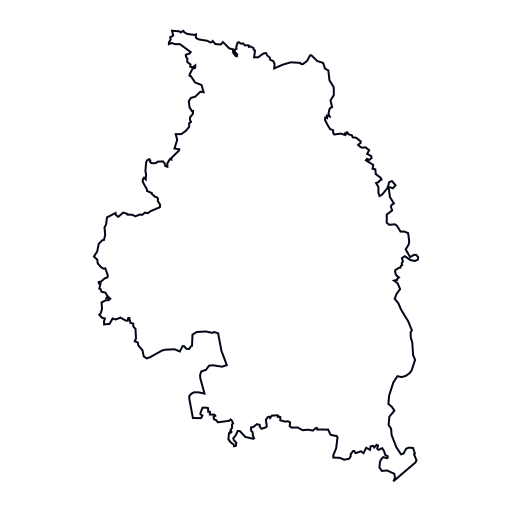 Maubin, Ayeyarwady, Myanmar (orthographic projection)
{"feature_id": "60261553B45059924625882", "entity_name": "Maubin", "entity_type": "district", "adm_level": 2, "iso_a3": "MMR", "parent_name": "Myanmar", "parent_adm1": "Ayeyarwady", "projection": "orthographic", "projection_center": [95.538, 16.957], "detail": "fine", "context": "isolated", "style": "outline", "palette": "ink", "viewbox_px": 512, "rotation_deg": 0, "n_neighbors": 0, "source": "geoboundaries", "source_scale": "gbopen_adm2", "svg_char_len": 6010}
<svg xmlns="http://www.w3.org/2000/svg" viewBox="0 0 512 512"><path d="M172.0,30.7L173.2,35.6L170.2,37.2L170.7,39.4L169.0,42.3L168.9,44.1L171.7,43.0L174.8,44.1L179.9,44.1L190.7,52.1L189.7,53.4L185.8,54.8L186.0,56.7L187.4,58.7L187.2,61.9L190.5,64.5L190.2,66.7L192.4,67.5L195.3,65.4L195.3,66.9L194.8,68.1L192.6,68.7L189.6,74.4L189.6,75.8L190.9,76.2L195.0,82.4L201.6,85.1L203.6,92.2L200.4,91.7L195.2,96.7L190.9,97.9L188.8,101.2L189.5,107.2L192.0,111.3L193.1,111.0L192.9,113.9L190.1,117.2L190.0,120.0L191.0,122.0L189.2,123.1L189.1,126.9L185.9,130.8L181.4,134.1L175.7,134.1L177.2,139.8L174.5,148.5L179.3,149.3L179.1,150.4L171.2,158.2L171.4,159.6L169.8,159.2L167.3,163.4L167.4,166.8L165.2,165.9L164.7,163.5L162.9,161.4L157.5,161.7L156.2,162.9L153.9,163.3L151.4,163.1L150.0,161.7L150.3,160.6L149.3,159.2L147.1,160.3L146.1,162.6L145.4,171.2L146.1,174.4L145.7,179.4L144.0,177.7L142.8,179.4L142.8,181.9L147.0,189.6L147.0,191.0L151.8,193.0L151.8,193.9L155.1,196.8L157.1,197.4L158.0,198.8L157.8,201.0L160.1,204.7L159.9,207.2L150.7,211.1L147.8,213.2L145.0,212.6L142.1,214.9L139.9,214.5L135.4,216.3L132.3,214.8L127.4,214.6L127.4,213.9L123.2,212.6L118.3,216.8L115.9,215.1L115.5,213.0L107.0,217.4L106.1,224.3L104.5,227.6L105.2,234.6L104.0,239.9L102.3,240.2L98.7,243.9L97.2,251.5L93.9,256.5L97.3,259.7L97.7,263.3L100.8,267.0L103.6,268.7L105.3,268.3L107.8,275.4L107.5,277.3L104.8,278.3L100.8,281.7L98.7,282.0L98.9,283.5L100.5,283.7L99.3,288.6L100.5,289.1L101.6,291.8L105.4,292.6L107.4,296.0L106.5,298.0L108.3,297.8L108.5,297.1L110.3,298.7L108.5,300.2L106.0,300.2L101.6,302.4L102.0,308.8L100.8,313.1L99.3,314.8L102.2,317.9L104.9,318.5L104.0,321.5L104.1,324.4L109.5,323.9L112.6,318.5L115.8,319.5L120.4,317.6L126.0,320.7L127.7,320.7L128.2,318.0L129.3,318.0L130.4,322.9L133.3,323.6L133.3,326.5L135.5,328.9L136.0,338.5L134.7,341.2L137.8,342.5L138.3,345.4L142.5,350.3L143.7,356.3L146.6,358.4L149.9,357.3L161.9,350.6L165.2,349.7L174.7,349.3L179.8,351.5L182.7,346.1L184.0,346.1L186.4,348.8L189.2,349.0L190.9,346.3L192.0,345.8L192.5,334.6L196.8,332.0L205.9,331.5L212.5,332.9L214.1,332.0L218.1,333.3L221.4,350.7L226.8,365.1L222.1,366.7L213.2,365.3L209.1,365.6L205.9,369.9L201.3,371.4L200.1,375.0L200.3,378.3L204.5,393.6L198.5,392.3L194.0,392.3L191.1,393.9L189.2,396.3L189.4,399.3L192.9,418.0L201.1,418.1L202.4,415.5L200.5,414.4L200.5,412.8L202.5,407.7L206.1,407.6L208.1,408.2L208.2,411.8L210.0,411.9L209.8,414.5L214.5,414.7L215.3,415.8L213.5,417.0L214.1,419.4L216.1,420.1L217.9,422.3L229.2,420.8L230.5,419.5L231.9,420.6L233.1,423.4L232.0,424.4L232.1,427.8L230.5,430.1L231.5,431.9L230.6,432.7L230.1,431.9L229.0,433.3L228.4,439.2L230.5,442.2L233.5,444.3L234.0,446.3L235.8,445.9L236.3,442.8L233.7,439.9L233.3,438.3L235.9,435.0L237.7,431.0L239.9,431.1L245.4,437.0L253.4,438.8L254.1,438.3L252.9,435.6L252.6,432.2L251.1,430.7L251.0,427.5L253.5,426.9L256.8,424.2L259.7,424.8L259.7,426.6L261.5,428.8L265.5,427.5L266.8,426.3L265.9,419.9L267.6,417.2L269.4,416.7L270.1,418.1L271.9,415.6L277.6,415.3L278.3,415.8L277.9,416.9L280.3,417.1L280.3,420.3L285.0,421.6L287.9,421.3L290.1,422.4L289.7,426.2L291.5,427.6L297.7,427.5L302.6,430.2L308.3,429.7L312.8,430.6L316.1,427.9L317.0,428.1L317.2,429.5L328.1,429.6L330.6,434.8L336.8,436.1L337.5,437.4L336.2,448.1L333.3,455.3L333.3,457.5L340.0,457.9L344.2,459.7L349.1,458.8L350.7,456.2L350.7,454.2L353.1,451.0L354.2,451.0L355.6,453.1L360.9,451.3L363.5,453.1L366.2,447.8L370.1,449.8L370.6,446.3L373.3,445.9L374.2,447.5L376.6,444.8L378.0,445.5L377.2,448.6L378.4,449.9L382.2,448.2L384.0,451.0L385.3,455.0L387.7,456.2L387.7,457.7L386.9,458.2L383.2,457.1L381.2,459.3L380.0,461.8L379.4,467.5L381.8,470.9L387.1,470.5L394.3,473.8L395.0,478.0L393.4,481.3L415.5,462.4L416.5,460.3L414.0,454.2L414.9,453.5L413.1,448.0L409.1,447.6L406.1,448.7L403.6,453.5L401.0,454.3L396.3,447.1L391.6,435.0L391.1,428.7L388.6,424.9L389.4,416.6L394.4,410.7L391.9,406.9L388.4,403.9L389.1,395.6L393.4,382.3L397.4,376.2L401.5,377.1L405.7,375.9L409.7,373.1L411.6,370.5L415.1,359.8L413.1,355.2L412.3,342.7L410.8,337.5L410.6,332.3L411.9,330.4L408.3,321.5L401.0,309.5L398.4,303.4L394.7,298.7L396.7,293.7L400.1,289.1L397.6,283.2L394.0,280.6L397.1,279.9L397.4,278.4L398.9,277.5L396.0,274.9L395.0,271.5L395.4,270.1L398.9,267.8L400.3,267.7L400.9,265.8L402.1,265.3L401.7,263.3L402.9,261.6L401.9,258.1L404.8,256.2L410.3,260.0L414.8,261.0L417.9,259.6L418.1,257.0L416.2,254.9L413.9,254.9L410.1,257.1L405.7,249.4L408.8,244.3L409.2,241.0L408.1,233.1L404.5,231.6L400.5,231.6L397.0,225.8L394.8,224.3L389.2,224.8L386.7,222.7L386.8,214.5L392.1,210.5L390.9,206.6L391.6,204.9L393.9,203.5L389.9,197.0L388.7,187.9L389.8,187.2L393.0,188.3L395.5,185.2L392.0,181.1L389.2,182.1L387.5,188.0L382.1,194.6L379.5,196.1L378.4,192.6L378.4,187.0L376.1,183.0L378.7,182.1L379.5,180.7L381.5,179.7L380.8,177.9L375.8,174.1L375.3,169.3L372.6,168.8L373.2,164.9L365.9,160.3L367.1,158.9L369.3,159.9L371.5,158.1L371.3,156.1L367.1,153.9L369.2,150.2L365.5,147.3L362.2,147.7L360.7,147.2L358.1,144.9L360.7,142.8L360.7,141.4L356.3,137.8L352.7,137.3L351.9,135.3L348.3,134.2L347.5,132.5L346.5,132.3L345.9,134.2L344.9,133.7L344.8,134.9L340.8,133.6L334.2,134.5L333.1,132.6L333.1,130.2L330.1,129.1L327.7,125.2L325.0,120.0L325.3,117.5L327.0,118.1L326.9,115.6L329.7,116.5L328.5,113.6L329.4,109.4L330.3,108.0L332.1,107.1L330.5,100.3L333.8,95.2L333.8,88.8L333.5,86.8L329.5,80.4L328.3,70.4L325.0,68.6L323.2,63.0L317.2,61.0L311.4,55.3L310.1,55.3L307.1,60.9L302.8,64.2L300.9,63.9L300.3,62.9L290.8,62.3L282.7,64.7L274.2,68.4L274.6,63.9L273.2,61.0L270.3,59.9L269.7,57.5L267.4,55.7L265.9,53.0L263.4,53.5L258.1,57.3L254.1,57.3L255.0,50.6L253.6,49.5L253.6,48.2L250.5,46.4L249.0,46.9L248.5,45.3L244.7,45.3L243.2,43.5L240.7,43.6L238.7,42.2L237.6,42.7L236.3,46.7L236.5,48.9L234.5,49.8L235.2,52.5L237.2,54.3L236.8,56.3L235.5,55.9L233.2,52.7L232.8,49.2L229.4,48.5L223.0,42.1L220.7,44.5L215.4,44.1L212.7,41.0L211.9,42.1L210.1,42.4L207.4,40.8L199.2,39.5L196.7,38.4L195.8,37.3L196.0,34.4L194.3,34.9L187.4,34.0L184.4,32.4L183.3,30.8L180.7,32.5L179.6,31.4L172.0,30.7Z" fill="none" stroke="#020617" stroke-width="2"/></svg>